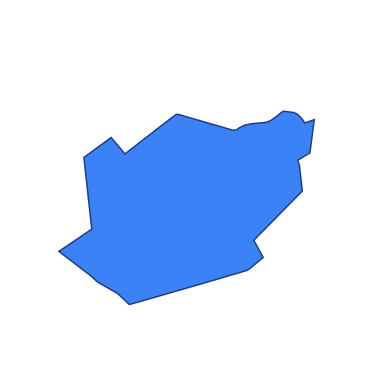 Inhuma, Piauí, Brazil (Mercator projection), rotated 140°
{"feature_id": "56859067B78283930257565", "entity_name": "Inhuma", "entity_type": "district", "adm_level": 2, "iso_a3": "BRA", "parent_name": "Brazil", "parent_adm1": "Piauí", "projection": "mercator", "projection_center": [-41.736, -6.681], "detail": "fine", "context": "isolated", "style": "filled", "palette": "blue", "viewbox_px": 384, "rotation_deg": 140, "n_neighbors": 0, "source": "geoboundaries", "source_scale": "gbopen_adm2", "svg_char_len": 808}
<svg xmlns="http://www.w3.org/2000/svg" viewBox="0 0 384 384"><g transform="rotate(140 192 192)"><path d="M200.6,96.7L197.6,96.2L179.5,96.1L175.7,115.3L110.5,121.5L106.9,121.8L92.6,143.3L90.7,148.4L76.5,146.2L51.9,168.8L55.4,170.2L59.6,171.7L61.2,172.6L60.8,175.8L60.8,179.9L61.3,184.0L63.2,187.8L70.2,195.2L73.5,195.5L78.7,195.5L82.4,195.9L84.8,196.0L87.8,196.7L90.7,197.9L103.1,206.4L105.3,207.5L108.3,209.2L114.4,210.8L117.8,210.9L121.0,213.1L152.9,260.7L154.5,261.6L156.7,261.8L170.5,262.4L218.9,264.3L218.9,285.7L252.6,287.9L263.0,272.4L265.6,268.4L276.7,251.9L278.3,249.5L292.6,228.0L314.5,230.2L332.1,232.1L331.7,230.1L329.4,219.7L323.5,193.3L322.2,183.6L314.4,162.5L314.0,160.4L312.4,146.1L272.2,128.2L243.1,115.3L203.3,97.9L200.6,96.7Z" fill="#3b82f6" stroke="#1e3a8a" stroke-width="1.5"/></g></svg>